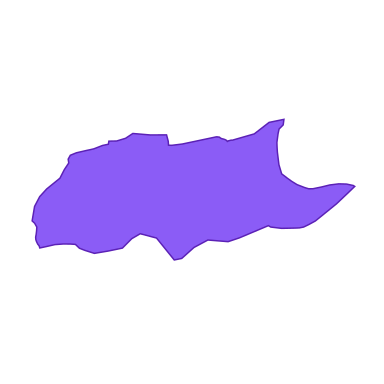 Oye, Ekiti, Nigeria, rotated 83°
{"feature_id": "59680162B43824241108050", "entity_name": "Oye", "entity_type": "district", "adm_level": 2, "iso_a3": "NGA", "parent_name": "Nigeria", "parent_adm1": "Ekiti", "projection": "equal_earth", "projection_center": [5.315, 7.904], "detail": "fine", "context": "isolated", "style": "filled", "palette": "violet", "viewbox_px": 384, "rotation_deg": 83, "n_neighbors": 0, "source": "geoboundaries", "source_scale": "gbopen_adm2", "svg_char_len": 1825}
<svg xmlns="http://www.w3.org/2000/svg" viewBox="0 0 384 384"><g transform="rotate(83 192 192)"><path d="M229.0,349.9L228.4,343.2L227.5,334.5L227.9,326.3L228.8,319.2L229.8,314.1L234.1,310.6L236.9,305.4L241.0,296.4L240.4,282.5L239.2,267.9L231.0,257.5L227.1,248.5L233.4,232.8L257.3,217.9L256.7,210.3L247.3,196.8L241.6,182.1L245.7,162.2L243.3,150.6L234.7,120.3L236.4,118.1L239.0,107.5L240.4,93.7L240.7,89.8L240.4,85.5L238.6,80.2L235.8,73.1L221.4,50.1L210.9,35.9L206.3,29.8L205.2,31.1L203.0,37.5L202.7,39.3L201.8,45.3L201.8,54.4L202.8,62.8L203.5,71.6L203.0,75.8L202.1,77.9L201.3,79.7L197.5,86.8L193.6,91.7L190.0,95.6L184.9,100.8L175.5,102.4L172.2,102.4L163.6,102.4L162.8,102.4L157.9,102.1L153.2,101.7L144.7,99.5L140.1,97.9L136.5,93.3L131.1,91.9L132.3,107.0L141.9,123.1L145.5,145.7L145.4,146.2L145.3,146.9L145.3,147.0L145.4,147.3L145.4,147.8L145.5,148.2L145.5,148.5L145.6,149.0L145.6,149.4L145.7,149.7L145.7,149.8L145.8,149.9L145.9,150.0L146.0,150.6L146.1,150.8L145.1,151.3L144.5,152.1L143.9,153.0L143.5,153.9L143.1,154.8L143.0,155.0L142.9,155.3L142.9,155.6L142.7,155.9L142.5,156.2L142.3,156.6L142.1,156.9L142.0,157.1L141.9,157.2L141.7,157.4L141.4,157.6L141.2,157.8L141.0,158.0L140.9,158.1L140.9,158.4L140.8,158.6L140.7,158.8L140.6,159.3L140.5,159.7L140.5,159.8L140.4,159.9L140.4,160.2L140.4,160.4L140.4,160.6L140.3,160.8L140.2,161.0L143.2,195.8L143.2,206.4L142.7,209.6L138.8,209.4L132.2,210.3L130.3,226.4L128.9,233.1L126.7,243.6L130.6,251.4L132.2,260.6L131.4,268.3L134.4,269.2L134.9,275.1L137.2,284.2L137.6,288.0L137.9,291.6L139.0,302.0L140.7,308.3L144.3,310.9L148.2,310.8L154.1,315.9L162.2,321.4L171.3,335.9L178.0,343.7L187.1,350.0L201.2,354.2L203.8,352.0L207.9,350.3L211.6,351.0L214.9,351.8L217.8,352.7L220.3,352.8L222.2,352.4L224.9,351.5L226.8,350.3L229.0,349.9Z" fill="#8b5cf6" stroke="#5b21b6" stroke-width="1.5"/></g></svg>